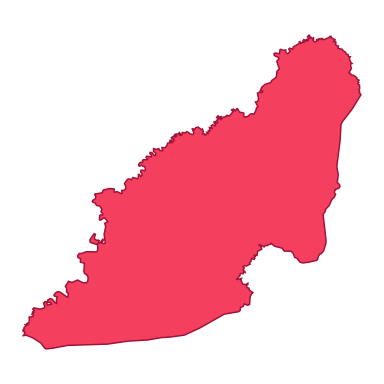 Phibun Rak, Udon Thani, Thailand (Albers equal-area conic projection)
{"feature_id": "78962969B22410583469431", "entity_name": "Phibun Rak", "entity_type": "district", "adm_level": 2, "iso_a3": "THA", "parent_name": "Thailand", "parent_adm1": "Udon Thani", "projection": "albers", "projection_center": [103.057, 17.536], "detail": "fine", "context": "isolated", "style": "filled", "palette": "rose", "viewbox_px": 384, "rotation_deg": 0, "n_neighbors": 0, "source": "geoboundaries", "source_scale": "gbopen_adm2", "svg_char_len": 5908}
<svg xmlns="http://www.w3.org/2000/svg" viewBox="0 0 384 384"><path d="M299.4,43.4L293.3,46.9L292.7,49.1L289.9,48.2L289.1,48.5L288.8,49.5L290.3,51.0L287.9,53.6L286.1,52.8L285.7,49.9L283.4,50.4L280.8,49.3L279.9,49.9L279.6,53.6L275.1,53.0L274.0,53.7L274.1,55.0L274.9,55.9L278.7,57.6L278.8,59.0L277.0,60.8L276.9,61.7L279.3,68.9L277.0,71.2L276.4,76.4L275.6,77.8L271.7,80.5L270.7,82.6L265.1,84.3L261.7,87.3L260.4,90.5L262.6,91.1L262.2,92.4L261.1,92.7L259.8,91.8L257.4,93.2L258.6,99.0L257.6,101.5L255.5,101.9L257.9,106.8L256.5,107.8L255.8,110.7L253.9,114.2L251.1,113.7L247.4,116.6L244.9,117.0L243.8,116.3L243.7,113.0L239.4,112.0L237.5,108.6L236.8,108.7L235.6,110.7L233.4,109.1L231.5,109.8L232.0,110.6L233.7,110.9L229.9,115.4L228.4,116.1L227.2,115.2L224.8,117.1L223.4,117.1L221.2,119.6L220.5,118.5L221.4,116.6L220.0,116.8L219.2,118.1L218.5,116.0L217.9,115.9L216.6,117.4L218.4,119.4L216.6,120.3L217.7,122.5L216.0,123.4L215.4,121.6L214.2,121.6L214.0,122.8L215.5,124.3L215.5,125.7L212.4,124.8L211.1,125.9L212.0,128.4L209.4,127.5L210.0,130.7L208.4,130.6L208.6,132.1L206.7,132.3L207.8,133.7L206.4,133.9L205.3,135.3L204.3,133.8L202.6,133.9L203.4,131.5L202.4,129.0L201.3,129.5L198.1,127.1L195.7,127.7L194.4,129.8L193.1,128.6L192.2,129.0L193.9,132.9L192.9,134.6L189.6,133.8L188.6,132.4L186.5,131.7L185.5,132.8L182.2,132.5L182.1,134.8L179.9,135.4L179.4,135.0L180.4,133.9L179.4,132.6L178.2,133.9L175.1,134.2L174.7,134.7L176.6,135.9L176.3,136.6L175.2,137.1L174.5,136.0L173.5,136.1L171.3,137.8L171.8,138.5L173.5,138.7L174.2,140.5L172.6,142.0L171.7,141.5L172.0,140.2L170.1,140.3L169.6,141.2L171.4,142.6L167.7,143.1L166.7,145.7L165.0,147.7L161.9,147.5L162.7,150.7L159.9,150.5L158.7,148.6L156.4,149.4L153.5,148.6L153.6,151.5L155.9,153.4L155.3,155.6L154.0,155.1L151.9,152.6L150.2,152.3L149.8,153.4L151.5,155.5L151.3,156.8L146.7,156.2L146.0,157.3L147.5,158.7L147.2,159.7L143.3,159.7L142.5,160.5L142.6,162.5L140.5,162.4L139.4,163.1L138.6,165.0L139.3,166.3L141.6,165.2L143.3,166.5L145.0,166.8L145.4,170.0L144.3,170.8L142.1,170.0L140.9,170.4L140.7,171.7L142.0,174.3L141.9,175.6L140.6,176.5L139.5,174.5L138.4,174.4L138.4,177.4L137.4,178.7L132.9,177.5L131.5,179.7L129.0,178.9L127.3,179.5L124.5,183.4L125.8,186.7L125.7,188.6L124.4,190.1L121.8,190.5L122.0,193.4L121.2,193.6L117.1,191.6L114.4,192.3L114.0,191.6L114.3,189.0L109.9,188.5L103.5,189.9L102.3,192.3L101.1,193.0L94.9,194.0L94.7,194.9L95.8,196.1L95.5,198.7L92.7,200.4L92.3,201.4L93.0,202.3L94.9,202.8L96.6,205.5L99.6,206.0L101.9,209.0L101.0,211.8L102.8,213.9L102.5,215.0L100.5,214.9L99.7,215.6L99.4,219.4L99.9,220.2L101.1,219.8L104.0,217.8L106.3,219.6L107.7,221.8L104.7,223.3L105.7,226.7L104.1,234.3L105.3,243.1L103.9,243.7L101.7,242.9L103.4,240.2L102.9,239.2L100.0,242.8L98.0,243.3L99.3,240.6L98.7,240.1L96.9,240.4L94.8,239.2L94.3,237.8L95.5,234.3L94.2,233.6L90.0,239.6L89.9,241.6L90.8,242.6L97.5,244.7L97.9,248.3L97.3,251.2L96.2,251.9L86.4,251.7L81.8,253.4L79.2,253.5L77.7,255.7L78.0,257.6L80.4,258.6L80.4,262.2L84.4,263.2L83.9,271.3L84.5,273.4L87.5,275.5L88.2,278.1L87.6,281.7L86.3,282.6L83.4,283.0L77.5,280.0L72.0,282.5L68.6,281.3L65.4,286.3L66.5,288.2L66.6,292.0L68.4,293.7L67.9,297.1L67.1,297.1L60.2,292.1L57.5,291.7L55.3,293.1L53.9,295.2L54.5,296.1L57.2,296.9L56.3,300.3L56.7,303.4L55.3,302.9L52.2,299.2L50.2,298.6L47.8,300.1L47.6,301.0L48.2,302.4L50.8,302.8L51.3,304.3L47.4,305.1L46.5,301.8L45.1,301.5L43.5,303.2L44.9,306.7L44.1,308.0L40.0,309.1L33.8,307.9L32.8,309.1L34.2,310.4L32.0,312.6L33.5,311.6L34.0,312.2L31.8,314.2L33.4,315.0L33.1,316.5L29.1,317.1L29.4,320.1L28.7,323.6L27.8,323.2L27.6,324.6L26.6,323.9L26.6,325.2L25.2,324.8L25.7,325.9L24.0,327.8L24.3,328.7L23.5,329.2L24.0,329.8L23.0,330.2L23.3,331.6L24.6,331.8L25.0,333.1L23.3,335.6L26.5,335.3L32.7,337.8L40.9,343.0L44.6,348.0L46.0,348.9L52.8,348.2L67.4,345.4L107.5,344.1L128.3,341.1L147.6,340.0L161.2,337.6L169.8,337.1L184.4,335.1L199.6,328.1L224.4,314.1L238.6,311.7L240.1,310.5L240.6,307.4L243.3,306.3L244.1,303.9L247.6,305.3L249.6,304.5L250.1,297.2L251.4,294.0L253.0,292.6L249.5,290.3L248.9,288.1L247.2,287.7L246.4,285.6L247.9,284.4L247.9,283.3L245.7,284.6L242.7,284.1L240.9,279.9L241.5,278.4L237.3,279.6L236.7,279.2L240.0,275.6L239.9,274.1L241.8,273.3L243.0,273.9L243.7,271.9L245.1,272.5L244.7,271.0L243.7,271.1L243.0,270.2L244.3,267.9L243.0,266.6L244.5,265.6L246.3,266.1L250.1,264.1L249.4,262.7L251.0,261.4L251.6,258.4L254.2,259.4L254.8,258.4L254.3,257.2L255.3,256.5L254.4,255.3L257.0,255.4L257.6,251.3L261.7,249.3L261.5,247.6L259.1,245.0L259.7,244.6L264.1,246.9L265.5,245.4L267.6,245.6L268.2,244.7L270.5,244.3L271.0,243.3L274.6,246.2L282.2,248.2L284.2,251.1L291.0,251.2L293.2,253.4L294.7,257.5L296.7,258.1L300.1,262.2L302.9,263.0L309.4,262.0L316.6,260.4L317.5,259.6L318.5,255.8L320.2,253.9L321.1,253.8L323.6,250.8L325.9,243.5L326.0,240.1L323.1,214.4L325.1,211.7L325.7,209.2L329.2,205.5L331.9,199.5L334.3,197.1L335.6,194.3L334.5,193.1L334.6,190.5L335.7,189.9L335.7,189.2L338.7,188.4L340.0,186.5L339.5,184.6L337.3,182.5L338.2,174.7L336.8,166.5L340.1,140.3L341.0,124.7L342.2,121.9L351.7,109.7L361.0,94.7L359.4,92.9L359.8,91.9L358.8,89.7L359.7,88.5L359.5,85.1L357.8,83.6L358.8,82.3L358.2,81.3L359.0,80.2L356.5,78.7L356.7,77.5L353.6,75.4L351.0,74.8L350.5,73.5L348.9,72.8L351.4,68.6L350.6,65.4L350.9,63.7L352.0,63.5L350.9,62.5L349.6,59.4L349.4,58.2L350.3,56.8L348.4,56.6L348.0,54.5L346.3,54.1L345.5,52.1L343.0,50.7L342.5,49.4L338.0,48.3L338.4,46.0L336.8,45.9L335.4,44.1L336.0,43.0L335.6,41.4L333.6,41.6L335.0,39.6L331.1,37.6L331.1,36.4L329.9,36.4L328.6,37.7L324.3,39.5L322.6,39.5L322.5,38.6L321.2,38.4L320.2,39.4L319.4,38.7L318.1,39.0L318.2,40.2L316.6,39.8L316.7,41.1L314.9,42.0L313.0,40.3L313.6,39.3L313.4,37.8L312.2,38.6L311.3,37.4L309.9,38.1L309.7,35.6L309.0,35.1L307.4,36.8L309.2,37.9L307.3,39.4L308.4,39.8L308.3,40.4L306.8,41.2L306.4,39.7L305.8,40.2L303.8,39.7L304.5,41.3L303.0,41.1L303.6,42.5L302.4,42.2L301.0,43.5L299.9,41.6L299.1,42.0L299.4,43.4Z" fill="#f43f5e" stroke="#9f1239" stroke-width="1.5"/></svg>